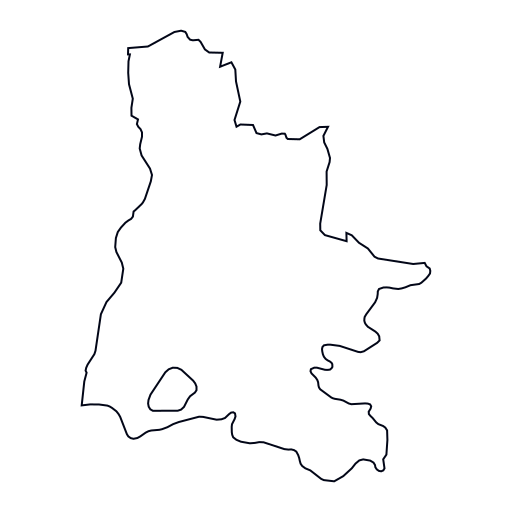 outline of Drôme
{"feature_id": "FRA-5288", "entity_name": "Drôme", "entity_type": "Metropolitan department", "adm_level": 1, "iso_a3": "FRA", "parent_name": "France", "parent_adm1": "", "projection": "robinson", "projection_center": [5.26, 44.733], "detail": "fine", "context": "isolated", "style": "outline", "palette": "ink", "viewbox_px": 512, "rotation_deg": 0, "n_neighbors": 0, "source": "natural_earth", "source_scale": "10m", "svg_char_len": 3561}
<svg xmlns="http://www.w3.org/2000/svg" viewBox="0 0 512 512"><path d="M181.1,30.7L185.3,31.9L186.7,34.2L187.6,36.9L190.1,39.7L192.9,40.3L198.5,39.8L200.6,41.9L204.9,49.4L209.2,52.5L222.7,52.8L220.1,66.7L231.4,62.3L235.3,69.5L236.0,81.4L240.3,101.6L234.5,120.0L236.5,126.7L240.4,124.5L253.0,125.0L256.5,133.1L261.4,134.4L266.9,133.4L275.5,135.5L281.7,133.6L284.8,133.7L285.4,134.6L286.5,137.8L287.8,139.0L299.7,139.3L319.5,127.1L328.0,126.8L323.4,135.9L324.2,142.4L327.4,148.9L330.0,158.0L329.6,162.1L326.6,171.5L326.7,185.0L320.2,223.6L320.3,230.3L324.9,235.1L346.6,241.2L346.4,232.9L351.8,235.3L359.0,242.8L367.9,248.5L374.5,256.7L378.0,258.5L413.2,264.0L424.7,262.9L426.5,266.3L429.7,268.5L430.3,270.9L430.0,273.5L428.3,275.9L426.1,278.5L421.4,282.7L419.2,284.0L410.5,285.2L405.4,287.3L401.7,288.4L398.3,289.0L393.0,288.4L389.4,287.6L386.6,287.4L383.4,287.5L379.0,289.0L377.8,291.4L377.7,294.1L377.1,297.9L375.1,302.3L366.3,314.2L364.7,316.9L364.4,318.6L364.3,320.7L364.9,322.8L365.8,324.4L367.9,326.8L375.4,331.6L377.7,333.7L379.2,336.3L379.6,340.4L377.2,342.8L363.9,351.3L360.6,352.2L358.1,351.9L339.7,345.9L330.5,344.7L327.5,344.7L324.0,345.3L322.5,346.9L322.0,349.1L322.3,351.6L322.9,354.3L323.9,356.7L325.6,358.9L327.7,360.4L329.9,361.5L331.6,362.9L332.3,364.2L332.4,366.9L331.6,368.2L330.0,369.6L327.7,369.9L325.0,369.8L317.0,367.7L314.2,367.7L310.9,369.2L310.5,371.2L311.5,373.4L315.7,377.6L317.3,380.0L318.1,382.2L318.5,385.7L319.0,387.5L320.2,389.3L331.3,397.5L332.7,398.2L334.7,398.8L340.4,399.7L343.4,400.6L348.8,403.5L351.4,404.2L365.1,403.4L367.8,403.6L370.1,404.4L371.2,406.3L370.6,408.6L368.7,411.7L368.9,414.1L370.5,416.0L372.6,418.0L376.2,422.4L378.3,424.1L383.1,426.0L385.3,427.6L387.1,430.4L387.4,440.0L386.4,454.6L385.6,455.8L383.2,459.3L384.5,468.4L383.3,470.4L381.2,471.3L378.9,470.9L376.8,469.4L375.4,467.3L375.0,465.0L373.5,462.6L370.2,460.6L363.2,459.4L359.3,460.4L355.5,463.6L351.8,468.3L343.3,476.1L334.2,481.3L323.8,480.1L321.2,478.9L310.3,470.4L305.3,468.3L302.2,466.0L300.6,463.7L299.8,460.9L299.2,458.1L298.2,455.1L296.3,451.6L294.0,450.1L291.2,449.4L288.5,449.6L284.3,449.1L263.6,442.3L259.3,442.1L255.0,442.9L249.9,443.3L240.9,441.7L236.4,439.8L233.2,437.3L232.2,434.8L231.8,432.2L231.7,426.8L232.0,424.2L234.6,419.1L235.5,416.4L235.0,413.4L233.3,412.3L231.1,412.6L229.1,414.1L225.0,418.0L221.4,419.3L216.6,419.7L203.1,416.9L199.1,416.7L178.9,422.0L173.2,424.1L167.4,427.2L162.0,429.2L159.4,429.8L151.2,430.5L148.5,431.2L145.7,432.6L140.3,436.4L137.4,438.0L133.5,438.8L130.7,438.1L128.3,436.4L126.9,434.2L120.2,416.9L118.6,414.1L116.4,411.3L112.0,407.9L109.7,406.5L107.4,405.6L99.2,404.5L90.2,404.4L81.7,405.4L84.3,381.4L86.6,372.7L85.6,370.6L86.2,367.8L87.6,364.6L94.4,354.1L95.5,350.7L100.9,314.2L106.5,302.0L114.4,292.7L121.2,282.7L123.3,268.7L121.8,262.6L116.4,252.0L115.2,247.1L115.9,238.0L117.8,232.0L121.0,227.5L125.4,222.7L128.5,220.4L131.1,218.9L132.9,216.6L133.6,211.5L135.1,210.3L141.7,204.0L142.9,202.5L144.9,198.9L150.8,181.4L152.0,175.0L150.0,168.6L141.6,155.5L139.7,148.5L140.2,144.2L142.0,136.7L142.0,132.4L140.5,129.1L138.3,126.8L136.9,124.1L138.0,119.4L131.5,115.7L131.4,107.8L132.8,98.7L129.0,84.2L128.2,72.8L128.5,61.3L129.9,54.4L128.0,54.4L128.2,48.1L147.9,46.5L174.4,32.0L181.1,30.7ZM152.9,410.8L177.8,410.7L181.1,409.6L184.0,406.9L187.8,399.4L190.1,396.2L194.9,392.6L196.5,390.2L196.5,386.6L195.2,383.4L193.2,380.7L181.4,369.8L177.3,367.9L172.8,367.7L168.7,369.3L165.3,372.3L150.5,394.6L148.5,400.0L148.1,403.5L148.7,406.7L150.3,409.3L152.9,410.8Z" fill="none" stroke="#020617" stroke-width="2"/></svg>